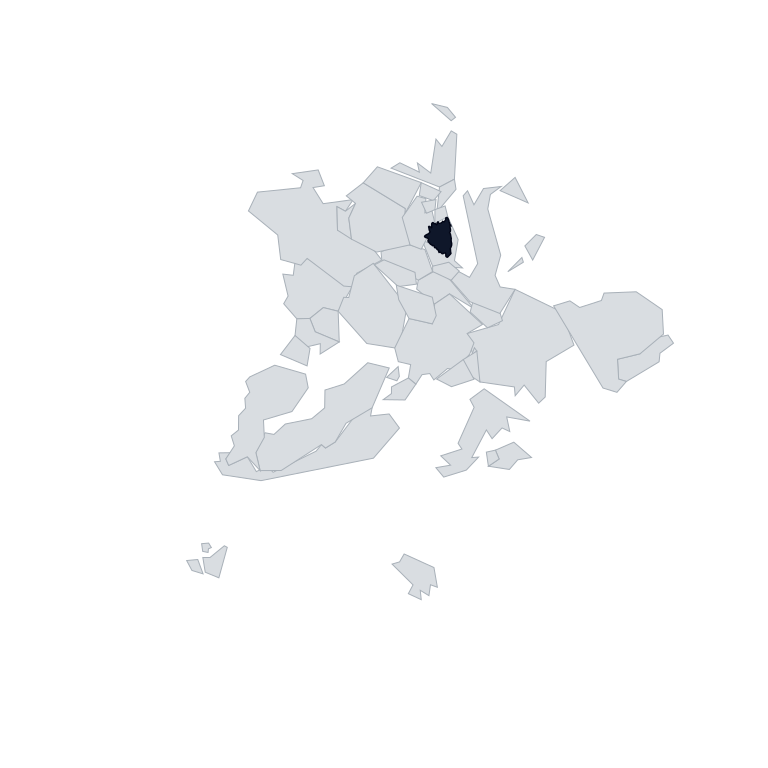 Bosnia and Herzegovina on a map of Europe (orthographic projection), rotated 215°
{"feature_id": "BIH", "entity_name": "Bosnia and Herzegovina", "entity_type": "country or territory", "adm_level": 0, "iso_a3": "BIH", "parent_name": "Europe", "parent_adm1": "", "projection": "orthographic", "projection_center": [18.137, 43.918], "detail": "fine", "context": "in_parent", "style": "filled", "palette": "ink", "viewbox_px": 768, "rotation_deg": 215, "n_neighbors": 37, "source": "natural_earth", "source_scale": "50m", "svg_char_len": 9254}
<svg xmlns="http://www.w3.org/2000/svg" viewBox="0 0 768 768"><g transform="rotate(215 384 384)"><path d="M408.1,130.5L422.5,127.3L432.9,138.0L427.0,142.1L422.0,159.9L418.7,160.3L408.1,130.5ZM479.7,232.9L470.3,239.7L470.6,231.9L464.5,228.2L454.2,246.0L438.3,239.0L432.7,249.8L424.2,248.1L401.1,290.0L400.5,298.5L395.2,298.0L390.7,308.5L389.4,343.5L380.1,357.7L376.7,350.1L362.6,362.4L346.1,356.8L350.1,317.2L429.3,234.3L464.2,217.0L478.2,223.1L473.7,226.8L479.7,232.9ZM444.4,126.2L435.9,133.4L423.3,124.7L434.4,121.1L444.4,126.2ZM441.8,148.6L436.4,153.1L431.6,151.0L433.3,148.3L431.5,145.1L436.5,142.9L441.8,148.6Z" fill="#d9dde1" stroke="#a8b0b8" stroke-width="1"/><path d="M306.6,440.7L344.9,473.0L324.3,498.4L330.9,536.7L279.6,544.9L250.7,524.8L264.0,495.4L244.5,465.8L246.3,457.0L268.6,463.5L269.8,449.6L275.5,456.4L306.6,440.7ZM339.7,563.7L347.0,547.0L343.6,566.7L339.7,563.7Z" fill="#d9dde1" stroke="#a8b0b8" stroke-width="1"/><path d="M380.1,357.7L392.6,330.0L390.7,308.5L395.2,298.0L400.5,298.5L418.6,254.2L435.8,242.0L449.6,254.3L453.5,275.8L445.2,279.6L441.9,294.6L423.3,314.1L418.9,330.4L428.9,345.2L416.6,361.2L409.5,392.1L388.9,400.1L380.1,357.7Z" fill="#d9dde1" stroke="#a8b0b8" stroke-width="1"/><path d="M492.8,387.4L512.2,392.2L513.0,401.0L529.9,416.0L520.7,421.0L526.4,432.0L519.0,442.8L465.8,445.4L463.3,417.3L477.5,411.8L482.3,395.2L492.8,387.4Z" fill="#d9dde1" stroke="#a8b0b8" stroke-width="1"/><path d="M567.0,504.3L579.8,503.7L560.7,521.6L546.6,512.2L554.8,504.2L537.3,496.8L515.0,517.4L514.7,503.4L524.3,502.3L510.3,483.3L480.1,491.2L456.9,484.3L469.8,459.2L465.8,445.4L473.2,441.1L519.0,442.8L520.2,433.7L540.0,426.7L556.5,445.1L594.3,448.0L597.7,468.6L564.9,496.9L567.0,504.3Z" fill="#d9dde1" stroke="#a8b0b8" stroke-width="1"/><path d="M463.3,417.3L466.7,431.9L462.5,434.6L470.4,455.7L462.0,476.7L409.6,460.6L395.0,429.1L395.9,419.7L421.3,407.3L463.3,417.3Z" fill="#d9dde1" stroke="#a8b0b8" stroke-width="1"/><path d="M415.5,488.7L407.1,506.1L395.4,508.7L353.2,497.4L382.0,495.4L388.4,478.6L411.7,480.5L415.5,488.7Z" fill="#d9dde1" stroke="#a8b0b8" stroke-width="1"/><path d="M456.9,484.3L462.3,490.6L449.2,510.4L427.6,517.6L408.7,504.0L415.5,488.7L456.9,484.3Z" fill="#d9dde1" stroke="#a8b0b8" stroke-width="1"/><path d="M493.7,484.0L510.3,483.3L524.3,502.3L514.7,503.4L510.9,515.6L508.0,499.7L493.7,484.0Z" fill="#d9dde1" stroke="#a8b0b8" stroke-width="1"/><path d="M510.9,515.6L522.8,516.5L516.4,536.9L467.2,540.0L442.5,512.9L465.7,487.8L493.7,484.0L508.0,499.7L510.9,515.6Z" fill="#d9dde1" stroke="#a8b0b8" stroke-width="1"/><path d="M482.3,395.2L477.5,411.8L463.3,417.3L444.8,392.8L470.3,387.3L482.3,395.2Z" fill="#d9dde1" stroke="#a8b0b8" stroke-width="1"/><path d="M484.7,372.7L492.8,387.4L482.3,395.2L470.3,387.3L444.8,392.8L453.5,371.9L459.3,380.5L470.3,368.2L484.7,372.7Z" fill="#d9dde1" stroke="#a8b0b8" stroke-width="1"/><path d="M485.7,348.7L484.7,372.7L465.0,370.7L457.4,354.7L485.7,348.7Z" fill="#d9dde1" stroke="#a8b0b8" stroke-width="1"/><path d="M395.9,419.7L401.0,452.0L378.9,461.0L388.4,478.6L382.0,495.4L337.5,489.2L344.9,473.0L333.9,469.3L330.9,457.4L333.9,436.7L340.9,433.1L345.5,415.9L352.5,418.8L358.2,413.5L357.8,402.1L367.5,402.9L373.3,415.2L385.1,410.5L395.9,419.7Z" fill="#d9dde1" stroke="#a8b0b8" stroke-width="1"/><path d="M464.4,535.1L467.2,540.0L516.4,536.9L514.0,558.1L469.0,570.3L464.4,535.1Z" fill="#d9dde1" stroke="#a8b0b8" stroke-width="1"/><path d="M505.9,641.0L490.7,646.9L478.4,643.5L480.0,638.2L505.9,641.0ZM451.5,577.2L502.0,564.9L497.9,574.3L476.5,577.8L483.4,584.2L466.7,583.6L481.9,614.4L472.8,611.8L474.1,629.9L467.6,630.4L443.8,592.2L451.5,577.2Z" fill="#d9dde1" stroke="#a8b0b8" stroke-width="1"/><path d="M451.5,577.2L443.8,592.2L436.7,584.8L439.3,555.0L451.5,577.2Z" fill="#d9dde1" stroke="#a8b0b8" stroke-width="1"/><path d="M411.7,508.4L435.7,523.9L404.2,528.8L427.7,557.6L406.1,544.8L397.0,525.4L386.3,524.1L411.7,508.4Z" fill="#d9dde1" stroke="#a8b0b8" stroke-width="1"/><path d="M354.7,492.4L359.7,505.7L332.9,511.3L323.3,503.8L331.5,489.4L354.7,492.4Z" fill="#d9dde1" stroke="#a8b0b8" stroke-width="1"/><path d="M328.8,457.6L330.7,465.6L326.8,464.2L328.8,457.6Z" fill="#d9dde1" stroke="#a8b0b8" stroke-width="1"/><path d="M333.1,449.5L326.8,464.2L306.6,440.7L325.6,440.1L333.1,449.5Z" fill="#d9dde1" stroke="#a8b0b8" stroke-width="1"/><path d="M343.8,418.2L333.1,449.5L313.0,439.5L327.2,420.5L343.8,418.2Z" fill="#d9dde1" stroke="#a8b0b8" stroke-width="1"/><path d="M186.9,525.1L194.6,522.6L206.9,538.2L191.6,555.6L190.6,575.0L179.4,587.0L170.3,583.5L175.6,567.5L171.4,560.0L186.9,525.1Z" fill="#d9dde1" stroke="#a8b0b8" stroke-width="1"/><path d="M183.7,585.2L191.6,555.6L206.9,538.2L194.6,522.6L186.9,525.1L188.4,510.8L202.3,506.3L289.9,545.3L279.4,558.7L267.6,558.9L253.8,577.1L255.9,584.7L230.3,604.2L198.8,604.5L183.7,585.2Z" fill="#d9dde1" stroke="#a8b0b8" stroke-width="1"/><path d="M254.8,393.7L244.3,410.8L221.0,408.4L231.0,398.6L232.3,385.9L251.3,376.5L246.7,388.6L254.8,393.7Z" fill="#d9dde1" stroke="#a8b0b8" stroke-width="1"/><path d="M360.8,500.7L388.5,507.5L389.0,518.7L375.1,520.4L376.3,536.3L427.1,583.6L426.4,590.2L413.1,582.4L414.6,601.2L401.3,613.0L405.6,600.3L399.4,586.9L362.3,556.5L355.3,536.7L344.5,530.1L330.9,536.7L329.6,508.2L360.8,500.7ZM369.8,615.0L399.8,609.0L395.1,628.4L369.8,615.0ZM333.3,570.8L347.8,577.9L345.0,593.8L336.6,596.2L333.3,570.8Z" fill="#d9dde1" stroke="#a8b0b8" stroke-width="1"/><path d="M367.5,402.9L357.8,402.1L357.6,383.0L375.7,370.7L372.4,380.4L376.2,385.9L367.5,402.9ZM385.7,390.9L382.4,406.4L375.8,399.0L375.3,394.0L385.7,390.9Z" fill="#d9dde1" stroke="#a8b0b8" stroke-width="1"/><path d="M254.8,393.7L246.7,388.6L251.3,376.5L261.1,386.9L254.8,393.7ZM273.8,405.1L269.9,374.1L264.6,378.4L267.2,360.7L281.7,342.0L293.5,345.2L282.9,355.7L296.3,357.7L282.9,375.4L289.3,377.9L296.8,416.6L304.8,420.7L299.2,437.5L243.1,437.3L264.6,427.4L253.7,417.2L262.1,415.7L264.1,401.2L273.8,405.1Z" fill="#d9dde1" stroke="#a8b0b8" stroke-width="1"/><path d="M274.1,241.1L269.2,247.2L270.0,256.3L237.8,262.3L223.7,248.1L230.8,246.2L225.8,236.4L236.0,235.8L229.8,228.7L243.8,226.2L245.0,236.1L274.1,241.1Z" fill="#d9dde1" stroke="#a8b0b8" stroke-width="1"/><path d="M388.5,507.5L408.7,504.0L411.7,508.4L400.8,520.9L387.1,519.7L388.5,507.5Z" fill="#d9dde1" stroke="#a8b0b8" stroke-width="1"/><path d="M470.6,231.9L471.1,247.5L479.4,253.9L476.8,262.8L484.9,274.7L483.5,284.8L489.8,292.5L489.2,300.2L498.8,306.7L498.0,312.9L484.3,336.7L453.9,347.1L443.9,337.4L443.6,308.7L462.1,285.4L451.4,271.6L449.6,254.3L435.8,242.0L454.2,246.0L464.5,228.2L470.6,231.9Z" fill="#d9dde1" stroke="#a8b0b8" stroke-width="1"/><path d="M460.2,476.1L455.2,485.7L422.6,493.2L414.7,484.4L428.2,472.0L460.2,476.1Z" fill="#d9dde1" stroke="#a8b0b8" stroke-width="1"/><path d="M401.0,452.0L420.3,461.5L430.6,472.0L394.2,482.8L380.4,469.9L378.9,461.0L401.0,452.0Z" fill="#d9dde1" stroke="#a8b0b8" stroke-width="1"/><path d="M463.2,558.6L469.0,570.3L447.6,574.3L448.7,562.5L463.2,558.6Z" fill="#d9dde1" stroke="#a8b0b8" stroke-width="1"/><path d="M430.8,515.7L442.5,512.9L464.6,530.9L464.6,556.8L456.0,559.9L448.7,547.6L443.9,553.3L434.5,544.8L430.8,515.7Z" fill="#d9dde1" stroke="#a8b0b8" stroke-width="1"/><path d="M442.3,556.1L436.1,564.9L427.7,557.6L434.5,544.8L442.3,556.1Z" fill="#d9dde1" stroke="#a8b0b8" stroke-width="1"/><path d="M447.2,564.9L442.3,556.1L447.1,548.3L457.5,554.4L447.2,564.9Z" fill="#d9dde1" stroke="#a8b0b8" stroke-width="1"/><path d="M435.4,528.2L435.5,528.5L435.3,529.5L434.9,530.5L434.3,531.6L433.7,532.6L433.6,533.1L433.5,534.0L433.5,534.6L433.6,535.0L433.8,535.3L434.5,535.6L435.4,536.2L436.2,537.1L437.3,538.1L437.6,538.4L437.6,538.8L437.3,539.1L436.4,539.2L435.5,539.2L435.2,539.1L434.8,539.2L434.6,539.4L434.7,539.7L435.7,540.9L436.8,542.6L436.9,543.3L436.8,543.9L436.5,544.3L436.1,544.3L435.7,544.0L435.2,544.0L434.8,544.1L434.3,544.7L434.0,544.7L433.5,544.8L433.2,544.9L432.8,544.7L432.3,544.6L432.1,544.8L432.0,545.2L432.3,545.8L432.9,546.9L432.8,547.7L432.4,547.8L432.0,547.1L431.6,547.0L431.2,547.0L430.3,547.8L429.7,548.4L429.5,548.9L429.3,549.4L429.2,549.7L429.2,550.9L428.0,551.1L427.8,551.3L427.6,551.7L427.7,553.2L427.8,554.0L428.5,555.3L428.6,555.7L428.5,555.9L428.0,556.4L427.7,556.6L426.8,556.3L426.4,556.2L424.8,555.1L424.1,554.4L422.9,553.6L422.2,553.2L421.9,552.5L421.3,552.3L420.7,552.5L420.0,552.0L420.5,551.8L420.6,551.5L420.5,551.2L420.3,550.7L418.3,548.8L417.4,547.5L417.2,547.0L417.2,545.8L417.0,545.5L415.6,544.9L414.0,543.3L412.3,541.7L412.1,541.2L411.3,540.0L410.3,538.9L409.4,538.2L408.8,537.4L408.1,536.2L407.7,534.6L407.4,533.1L407.2,532.5L406.7,532.3L405.3,530.5L404.1,529.4L404.1,528.3L404.4,526.5L404.7,524.4L405.0,524.1L405.5,524.0L406.2,524.0L406.7,524.3L407.8,525.8L408.4,526.3L409.0,526.6L409.6,526.0L410.4,524.7L411.1,524.1L413.3,524.4L414.4,523.4L416.2,524.7L416.9,524.9L417.3,524.7L417.9,524.8L419.1,525.2L419.4,525.4L419.8,525.3L420.7,524.8L421.0,524.9L422.1,525.9L422.6,525.9L423.3,525.5L423.7,525.1L424.9,525.4L425.6,525.2L426.2,525.2L426.8,525.4L427.4,525.6L427.9,525.8L429.4,525.9L430.1,526.5L430.4,527.1L430.4,527.5L430.5,527.9L430.9,528.3L431.9,528.5L432.4,528.4L432.7,528.4L433.5,528.0L434.4,527.8L435.1,528.0L435.4,528.2Z" fill="#0f172a" stroke="#020617" stroke-width="1.5"/></g></svg>